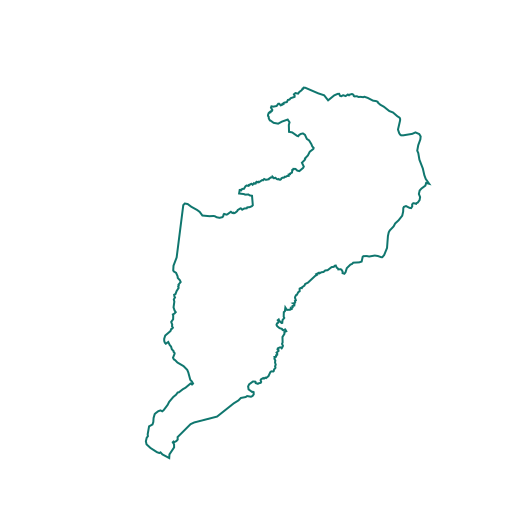 Momax, Zacatecas, Mexico, rotated 321°
{"feature_id": "50627088B46165454846438", "entity_name": "Momax", "entity_type": "district", "adm_level": 2, "iso_a3": "MEX", "parent_name": "Mexico", "parent_adm1": "Zacatecas", "projection": "natural_earth1", "projection_center": [-103.248, 21.945], "detail": "fine", "context": "isolated", "style": "outline", "palette": "teal", "viewbox_px": 512, "rotation_deg": 321, "n_neighbors": 0, "source": "geoboundaries", "source_scale": "gbopen_adm2", "svg_char_len": 6133}
<svg xmlns="http://www.w3.org/2000/svg" viewBox="0 0 512 512"><g transform="rotate(321 256 256)"><path d="M135.4,260.7L132.5,262.6L131.2,264.3L130.6,266.0L130.7,267.4L133.7,267.6L132.9,271.0L133.0,272.9L131.9,275.5L132.1,278.0L131.6,278.7L131.7,280.0L131.3,280.7L127.5,282.8L127.1,284.7L127.6,286.0L127.9,289.3L130.4,296.0L130.9,301.2L130.1,303.9L127.0,310.9L127.2,313.1L126.8,315.5L125.4,315.6L124.9,313.9L118.3,314.0L115.4,313.5L110.3,313.4L109.2,312.8L106.6,313.5L103.0,313.5L96.7,314.7L93.6,316.1L87.1,317.7L85.4,317.7L84.6,315.9L82.4,315.1L79.0,315.0L77.8,315.1L74.5,317.4L71.7,320.4L69.5,321.8L65.7,321.1L59.6,326.4L58.6,328.0L56.6,328.5L53.8,330.7L52.4,333.5L53.2,338.9L55.6,346.2L56.9,348.3L58.2,348.5L58.4,351.3L61.4,358.4L63.9,355.7L71.9,353.2L73.8,350.8L74.1,348.4L75.1,348.3L75.2,349.2L77.6,349.7L79.6,349.4L81.1,347.4L99.3,345.5L103.3,346.5L124.7,356.3L146.0,356.5L151.4,357.2L154.9,356.8L159.2,359.1L161.0,359.3L163.5,362.2L165.2,362.6L167.1,362.1L168.5,360.3L168.1,359.5L167.4,359.2L166.3,355.0L167.8,352.4L169.9,351.4L174.6,351.6L176.3,353.1L176.4,353.6L175.8,354.6L177.0,356.5L177.5,356.4L179.8,357.5L180.8,357.1L181.4,355.4L182.3,355.0L184.8,355.4L185.0,356.3L186.7,356.4L187.0,357.2L190.1,357.2L194.0,355.3L195.3,355.3L196.7,356.6L197.3,356.6L198.7,355.5L200.4,355.3L201.1,354.7L201.4,353.7L202.9,352.9L203.8,350.7L205.3,349.3L205.6,347.5L206.1,347.3L206.8,346.1L207.9,346.9L208.5,346.7L209.1,345.8L210.3,346.1L211.0,345.4L211.2,344.0L213.7,344.0L214.3,343.2L213.9,342.2L214.8,341.5L216.9,342.0L217.8,342.7L217.9,343.9L218.6,343.7L220.4,342.8L220.9,340.7L222.3,339.9L225.6,335.6L229.1,334.4L230.2,333.0L232.2,333.5L232.5,331.4L230.4,330.8L230.1,330.0L230.3,328.9L228.9,326.9L228.3,323.9L228.6,322.4L229.9,321.6L230.9,321.8L232.0,321.5L232.4,321.1L232.5,319.6L233.7,319.6L233.3,320.8L233.7,324.2L234.3,324.5L236.3,322.5L239.0,321.9L239.3,320.6L242.3,317.1L243.7,317.1L246.4,314.5L246.1,317.3L248.6,319.2L249.1,319.3L249.9,318.6L249.9,319.4L250.3,319.6L250.5,319.1L252.1,319.0L252.4,318.0L252.8,317.8L254.6,318.6L255.6,317.6L255.1,316.2L256.4,316.9L257.5,316.5L258.0,315.4L259.1,315.5L260.0,313.0L260.7,312.4L262.5,311.6L263.3,311.9L266.1,310.7L267.7,310.9L269.4,308.8L270.6,309.0L271.4,309.8L272.0,309.3L275.0,309.5L276.6,308.7L279.6,309.4L289.5,308.7L291.4,309.0L291.4,308.0L291.9,308.1L293.9,308.5L293.6,308.9L294.2,309.4L296.6,309.8L298.4,310.9L300.7,310.8L302.7,312.1L307.8,312.2L309.6,313.4L311.0,313.1L312.0,313.6L311.4,315.8L311.8,317.4L311.5,318.2L313.4,319.5L313.8,320.4L313.5,322.6L312.5,323.8L313.5,325.4L315.3,325.0L318.9,322.6L324.0,322.1L325.5,322.6L327.4,322.4L332.2,325.9L334.6,326.8L338.5,323.7L339.5,323.8L342.1,325.8L343.6,327.6L348.6,330.4L350.7,332.7L352.6,335.8L353.4,336.4L356.2,335.9L362.9,332.2L371.1,323.5L374.1,321.1L376.1,320.3L381.6,319.6L384.6,318.3L389.2,318.0L395.0,316.7L398.3,314.1L400.7,311.4L401.9,310.9L404.0,311.6L405.6,315.2L406.7,316.4L408.6,315.8L409.8,314.2L411.0,313.9L411.8,314.2L413.2,316.1L413.5,315.8L415.3,316.3L418.3,315.5L420.6,313.5L421.6,310.3L424.4,308.1L427.1,307.7L431.9,307.9L434.2,306.3L436.0,308.8L436.4,302.9L437.7,299.1L440.7,293.0L443.6,284.0L446.9,278.1L447.6,275.6L451.8,272.0L457.1,268.8L459.2,266.7L459.6,264.0L457.7,260.3L454.3,259.4L446.4,254.9L444.7,253.5L444.4,252.2L444.6,250.6L445.9,247.1L453.2,241.4L454.2,240.3L454.6,239.2L454.5,238.4L453.8,236.4L452.8,230.7L450.8,227.2L449.3,220.4L447.8,216.7L447.3,213.6L447.6,212.7L446.8,211.2L444.7,208.9L442.3,203.4L440.4,200.4L439.3,200.1L437.4,198.1L435.8,197.0L434.9,195.3L432.9,193.9L432.7,193.2L433.1,192.4L433.0,191.4L432.5,190.5L430.2,189.5L429.4,189.6L429.0,188.3L426.3,188.1L424.9,185.9L422.8,185.5L422.1,184.3L422.7,182.3L421.5,181.4L417.9,180.4L410.0,180.4L410.1,174.0L406.7,168.7L400.2,156.3L399.1,155.2L398.0,155.7L397.6,155.2L395.9,155.9L392.8,155.8L390.9,156.3L389.2,154.2L387.2,154.2L386.9,155.8L386.1,156.6L382.3,155.2L380.4,155.5L379.0,154.8L376.8,155.8L374.5,154.6L372.5,154.5L372.7,155.1L371.7,155.0L370.0,154.5L369.9,152.3L369.1,151.7L366.4,152.4L363.4,150.8L362.2,149.4L361.0,150.1L360.6,152.8L359.7,153.3L358.9,153.3L358.5,152.8L357.1,152.8L357.1,153.3L355.8,152.9L354.3,153.8L353.5,154.6L353.5,155.7L352.5,157.2L352.1,159.4L352.5,159.9L353.5,163.6L356.5,167.1L360.8,167.9L366.5,169.9L366.2,173.2L364.0,174.8L359.8,180.3L361.9,182.7L363.5,188.4L364.2,189.5L365.6,189.1L367.6,189.3L369.6,190.3L370.3,192.6L369.2,197.0L370.0,199.6L369.4,204.0L368.7,206.2L368.8,208.3L367.9,208.9L363.4,208.8L359.6,210.5L355.5,211.0L355.4,211.5L354.3,212.0L350.4,212.4L349.4,216.6L348.0,217.2L343.1,217.3L341.8,215.6L341.5,213.2L339.9,211.8L339.3,212.3L338.4,211.9L336.5,213.8L334.3,213.4L333.9,213.9L332.6,213.2L331.8,214.3L330.5,213.4L328.9,213.2L328.3,212.5L326.9,212.7L326.2,212.0L324.8,211.6L323.7,212.1L322.6,211.9L322.0,210.4L321.4,210.4L320.6,209.3L320.3,207.4L318.9,206.9L318.7,204.7L318.0,205.2L317.1,204.3L314.6,204.1L314.2,204.4L311.6,203.0L310.8,201.3L309.1,201.6L308.6,200.9L304.6,200.5L304.5,199.8L303.7,199.8L303.2,198.7L302.1,198.8L301.5,199.5L300.5,199.1L300.2,198.1L298.2,198.5L297.9,197.0L296.4,196.6L295.3,196.9L295.0,196.3L294.1,196.6L293.1,195.3L291.7,195.2L288.9,196.2L287.5,195.2L285.8,195.6L285.6,194.8L284.9,194.4L282.2,196.8L285.6,200.3L286.2,201.5L288.8,203.4L289.3,205.0L290.8,206.7L285.5,214.5L284.2,214.7L281.9,214.1L279.8,212.7L278.8,213.1L276.8,211.7L274.4,211.3L274.2,209.4L273.9,209.2L270.7,208.8L269.6,209.3L267.1,209.3L265.8,208.9L265.7,208.1L264.7,207.7L264.3,205.8L259.9,205.6L259.0,205.2L257.7,203.2L257.0,203.3L255.8,204.3L254.4,204.7L251.7,203.4L249.8,201.1L249.1,199.3L248.2,198.2L244.9,195.8L239.8,190.8L240.0,186.3L239.2,183.2L236.7,177.0L235.6,172.6L233.7,170.4L231.5,170.7L193.4,207.2L185.8,211.6L182.6,215.1L182.4,216.2L183.3,218.8L182.3,222.4L181.4,223.8L181.6,226.9L181.1,228.8L177.7,229.5L177.3,230.5L176.4,230.6L175.8,232.1L172.2,233.3L169.5,234.9L168.0,234.6L167.1,236.2L167.0,237.2L164.8,238.0L163.8,240.1L159.6,244.0L158.4,247.2L158.3,249.1L156.3,249.4L154.6,249.1L154.1,250.3L151.8,253.0L148.6,253.9L147.7,256.6L146.5,257.8L146.3,259.4L145.1,259.7L144.2,259.4L142.3,260.5L135.4,260.7Z" fill="none" stroke="#0f766e" stroke-width="2"/></g></svg>